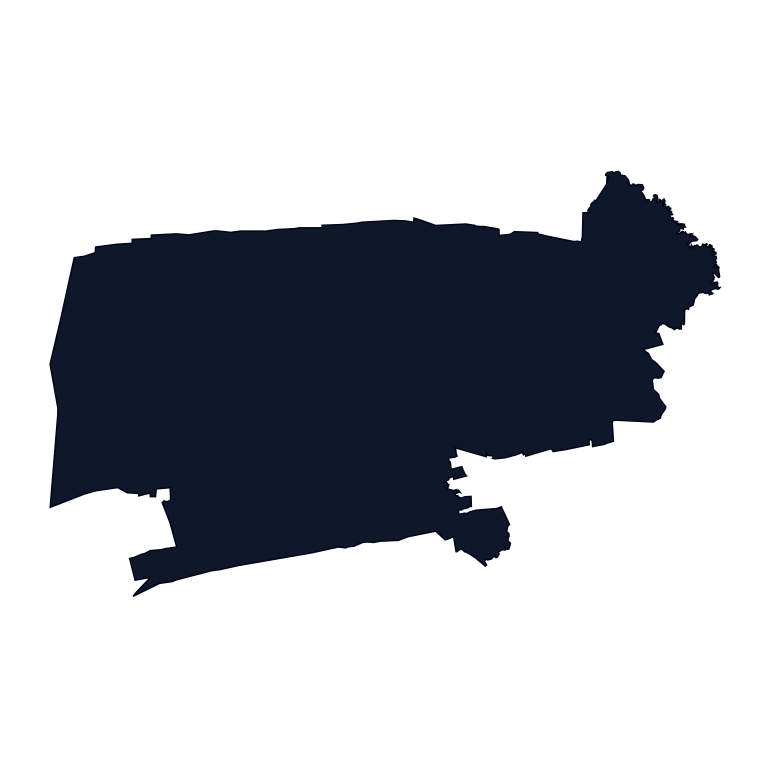 Ciudad Valles, San Luis Potosí, Mexico, rotated 271°
{"feature_id": "50627088B67869096393149", "entity_name": "Ciudad Valles", "entity_type": "district", "adm_level": 2, "iso_a3": "MEX", "parent_name": "Mexico", "parent_adm1": "San Luis Potosí", "projection": "natural_earth1", "projection_center": [-99.028, 22.078], "detail": "fine", "context": "isolated", "style": "filled", "palette": "ink", "viewbox_px": 768, "rotation_deg": 271, "n_neighbors": 0, "source": "geoboundaries", "source_scale": "gbopen_adm2", "svg_char_len": 6160}
<svg xmlns="http://www.w3.org/2000/svg" viewBox="0 0 768 768"><g transform="rotate(271 384 384)"><path d="M213.9,314.5L220.2,341.1L219.5,348.7L220.6,350.7L221.3,356.8L225.3,365.7L225.8,370.1L225.4,376.2L226.8,383.5L227.9,401.0L231.7,410.6L237.8,438.2L229.2,448.0L232.4,456.3L217.6,459.0L217.6,460.0L219.4,461.7L220.3,464.5L217.6,467.6L217.6,468.5L215.5,472.6L211.9,478.3L203.7,488.5L204.8,489.7L208.8,487.5L210.6,489.0L209.9,490.9L211.1,494.8L212.6,495.5L213.7,498.5L212.4,498.9L212.8,500.3L216.0,502.1L217.8,501.1L220.5,505.0L220.1,508.2L220.6,508.7L221.4,507.8L222.4,507.7L220.9,510.5L221.3,511.8L227.0,513.2L229.8,510.1L230.4,510.8L231.2,510.5L234.0,511.7L236.6,511.5L238.6,509.2L244.0,510.3L245.8,511.9L263.2,503.4L261.5,499.0L259.4,478.1L257.5,471.9L256.0,469.4L256.2,466.7L254.9,460.9L259.7,460.8L259.3,463.2L259.8,464.4L260.2,464.3L262.0,470.8L263.3,470.2L263.0,473.5L273.1,473.0L272.7,467.0L271.2,463.2L272.1,460.8L273.4,459.9L273.9,457.6L275.0,457.0L275.8,457.5L277.2,461.5L277.0,462.0L279.3,460.2L278.9,458.3L279.6,458.0L278.6,455.9L280.2,449.3L284.5,450.5L285.5,448.7L286.2,448.7L288.0,447.3L289.3,450.1L291.3,451.1L292.8,455.0L290.0,455.5L293.6,468.1L295.4,466.4L302.7,463.2L299.8,452.7L307.0,451.6L306.8,450.9L311.0,449.6L312.2,456.0L313.1,458.3L316.6,457.2L320.8,456.8L321.0,456.2L321.5,456.2L313.1,487.5L315.7,487.1L317.2,487.5L316.1,488.2L314.5,488.2L314.0,494.0L312.7,494.6L311.6,493.8L311.1,495.9L312.4,506.4L315.5,517.4L318.1,523.5L315.7,524.7L316.6,526.5L314.3,527.0L322.3,552.4L319.4,554.3L321.7,567.3L326.9,590.4L331.9,589.8L331.6,593.0L325.1,593.7L327.6,605.7L328.5,607.2L330.8,614.4L350.5,612.8L351.9,615.3L350.7,654.1L352.6,656.6L354.7,660.8L358.4,661.9L364.1,665.8L366.1,666.1L374.7,659.6L378.5,658.8L382.4,654.3L383.8,653.4L392.4,652.2L394.0,652.8L395.0,654.2L394.7,658.0L395.3,660.9L401.6,663.8L409.8,655.7L413.3,650.9L419.1,647.9L420.9,645.1L423.3,642.6L423.5,644.4L428.6,662.1L439.2,657.9L439.8,654.6L447.5,658.3L448.0,659.9L449.5,661.1L448.6,664.4L446.0,668.0L445.1,671.1L443.4,673.3L444.8,675.2L444.9,676.8L444.0,678.6L444.3,680.3L448.5,680.1L449.3,680.9L449.5,682.4L448.7,682.5L449.2,683.3L461.7,683.3L462.3,682.0L465.1,686.3L463.8,686.9L463.9,687.2L466.2,687.5L468.4,691.8L474.8,693.2L478.1,695.7L480.3,696.7L481.2,701.2L480.1,704.3L480.7,706.4L480.0,707.3L478.8,707.7L480.1,711.2L482.7,708.5L483.6,709.6L484.6,711.3L485.2,714.4L484.6,716.3L485.0,717.2L486.3,718.2L486.1,717.1L486.8,716.2L488.7,715.6L490.6,716.0L491.7,715.3L491.3,713.0L489.7,710.1L490.6,709.0L492.0,709.4L491.8,711.2L493.6,710.8L494.2,711.9L495.3,711.4L496.1,712.5L500.3,710.5L500.7,710.9L500.4,712.4L499.7,713.4L496.4,716.5L496.7,717.5L497.3,717.7L504.1,716.4L506.3,716.9L507.3,715.8L506.3,715.3L506.9,714.5L506.5,711.5L508.1,711.9L508.0,712.5L508.8,712.7L508.3,714.0L508.6,714.7L510.4,713.3L511.5,714.1L513.2,713.2L515.7,714.2L517.4,713.9L517.6,712.1L519.1,710.9L519.5,713.3L520.8,713.8L521.3,713.5L521.5,712.3L522.7,711.7L521.8,710.7L522.0,710.0L523.7,710.1L524.4,711.5L524.9,711.5L525.6,709.6L528.0,709.4L528.7,707.9L528.9,707.2L528.4,706.6L526.5,707.2L527.2,704.4L528.4,703.4L529.4,704.6L529.8,704.2L528.7,701.4L529.4,700.5L529.3,700.1L527.9,700.1L527.1,698.9L526.2,698.5L527.0,696.2L528.3,695.1L528.4,694.4L527.3,691.8L526.2,691.3L527.2,690.5L527.2,689.5L528.3,688.9L526.5,688.3L525.8,689.2L525.3,688.3L525.5,687.4L528.6,686.2L529.0,685.2L529.6,686.7L532.1,689.1L532.9,694.3L534.2,695.1L537.0,692.0L537.2,689.8L538.8,689.9L537.5,688.8L537.3,687.6L539.5,688.4L539.2,686.7L538.5,686.1L539.4,683.6L541.2,682.8L540.5,680.6L541.5,680.6L541.7,679.3L540.5,678.3L540.3,677.4L538.8,677.1L540.2,675.3L539.2,674.3L539.3,673.5L540.8,674.4L542.2,677.0L543.5,676.6L545.0,677.8L544.1,680.5L546.3,681.0L546.2,682.5L547.4,681.6L548.9,681.7L549.3,679.2L548.4,679.1L549.4,677.8L549.2,677.4L548.0,677.4L548.6,675.9L548.2,674.6L549.7,675.7L549.6,673.6L550.3,673.4L551.4,674.4L552.4,670.5L553.5,669.9L554.4,670.4L555.3,670.0L555.0,668.2L555.5,667.1L556.1,667.5L557.8,666.8L558.7,667.1L558.1,668.7L558.5,669.5L560.1,668.3L561.4,668.5L561.9,666.7L561.1,666.3L561.3,665.8L563.1,666.6L564.2,666.1L563.9,667.5L564.7,667.6L565.1,665.9L566.5,665.6L565.6,663.2L567.2,660.9L566.9,659.9L567.9,660.2L568.1,662.4L568.9,661.6L568.6,659.6L569.0,659.1L569.9,659.4L570.5,661.6L571.9,661.7L573.7,660.8L573.4,659.9L572.2,659.4L571.5,657.4L573.0,657.1L573.3,656.2L570.7,655.4L570.4,654.5L570.8,653.6L573.2,654.4L576.9,654.0L577.8,652.8L577.9,651.5L577.7,650.7L576.7,650.2L575.9,651.4L574.9,651.8L574.1,649.9L571.1,648.8L570.7,647.4L570.8,646.0L571.4,645.4L572.5,646.3L572.9,645.7L572.8,642.4L577.1,640.6L581.5,637.3L582.6,639.4L583.8,640.0L584.7,640.2L587.7,638.8L587.9,634.5L587.0,632.1L588.3,630.0L588.2,629.2L586.9,628.1L587.3,626.2L592.2,624.8L596.3,621.4L596.9,616.9L599.2,616.4L600.7,614.5L600.0,611.7L599.0,610.8L600.2,608.5L599.4,603.9L598.0,602.3L596.4,602.1L594.5,605.6L593.5,605.4L593.4,604.8L594.3,603.8L594.0,603.3L588.0,603.3L571.2,592.9L571.3,591.4L570.3,591.2L568.3,588.4L567.6,588.5L567.0,587.7L565.4,587.9L561.7,585.0L558.8,585.0L558.8,580.0L535.0,579.8L529.5,578.8L530.1,574.6L530.1,573.7L529.7,573.7L529.8,570.8L534.7,544.4L536.8,535.0L538.1,535.0L538.6,511.7L535.8,507.5L534.5,496.5L540.6,496.2L541.2,494.5L543.3,480.3L543.0,480.2L543.6,471.3L544.2,471.7L545.4,463.0L543.4,432.8L548.7,417.2L550.4,411.1L546.2,410.8L547.4,402.5L547.7,391.4L545.4,359.7L544.3,354.0L542.7,339.9L541.6,319.2L539.1,319.7L538.7,296.6L537.7,291.5L536.6,274.6L534.8,263.3L534.4,237.7L532.9,228.3L534.1,215.1L534.1,211.2L529.7,186.4L530.5,174.0L528.8,148.8L525.4,148.7L524.2,129.7L520.3,129.8L519.0,114.1L515.9,93.3L510.3,93.0L506.5,82.3L504.9,72.1L443.7,59.7L398.0,49.8L354.5,58.3L347.9,58.4L254.9,52.4L268.9,86.7L272.3,98.1L275.8,119.6L270.8,129.1L270.3,140.5L267.9,140.7L270.9,152.1L267.3,152.4L267.4,157.5L275.1,158.1L276.6,172.0L264.3,172.7L262.8,170.1L262.7,167.5L263.3,166.1L261.6,164.3L241.6,172.5L217.4,179.6L215.3,167.0L214.5,164.9L213.3,153.1L210.4,147.9L209.4,144.1L206.4,137.6L205.1,132.7L183.5,138.6L186.6,154.0L170.6,139.2L167.3,136.8L180.7,162.9L182.8,175.8L184.4,179.3L194.4,215.1L195.5,223.0L200.0,241.7L213.9,314.5Z" fill="#0f172a" stroke="#020617" stroke-width="1.5"/></g></svg>